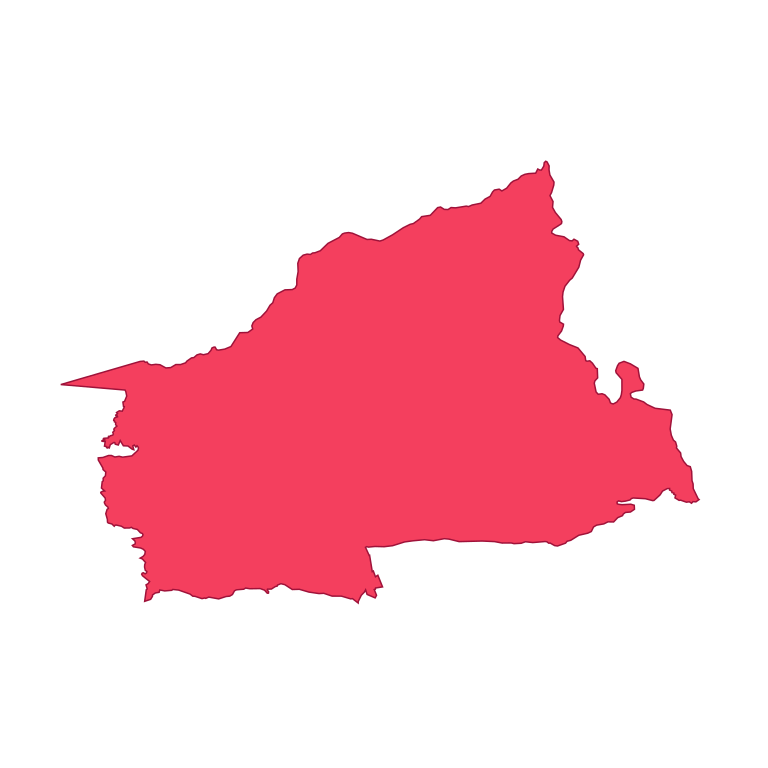 outline of Zapotitlán de Vadillo, Jalisco, Mexico, rotated 184°
{"feature_id": "50627088B48425886869278", "entity_name": "Zapotitlán de Vadillo", "entity_type": "district", "adm_level": 2, "iso_a3": "MEX", "parent_name": "Mexico", "parent_adm1": "Jalisco", "projection": "orthographic", "projection_center": [-103.756, 19.503], "detail": "fine", "context": "isolated", "style": "filled", "palette": "rose", "viewbox_px": 768, "rotation_deg": 184, "n_neighbors": 0, "source": "geoboundaries", "source_scale": "gbopen_adm2", "svg_char_len": 6135}
<svg xmlns="http://www.w3.org/2000/svg" viewBox="0 0 768 768"><g transform="rotate(184 384 384)"><path d="M706.4,360.9L641.9,359.9L641.0,358.3L639.8,354.0L641.6,348.6L643.2,347.8L642.3,343.4L641.5,343.3L641.7,342.2L643.3,338.6L646.2,338.8L648.8,336.9L647.8,335.9L649.5,334.2L649.2,333.6L648.1,333.9L647.5,332.7L650.3,331.4L651.0,330.1L651.1,328.8L650.3,328.5L650.3,327.5L649.0,326.9L648.9,324.7L647.5,323.4L650.1,320.8L650.3,319.8L649.7,318.7L651.2,316.9L650.5,315.3L651.0,314.1L653.5,313.2L654.8,311.8L655.2,312.2L655.4,310.9L659.7,310.3L660.2,309.6L658.7,308.8L661.4,307.8L661.3,307.2L658.1,307.1L658.5,302.5L657.0,302.4L656.2,301.1L655.2,300.9L654.9,301.7L653.6,301.1L652.8,304.4L649.4,306.8L648.5,306.8L647.9,305.2L644.8,304.6L643.2,309.2L639.7,304.2L635.1,304.3L630.7,301.4L629.0,301.0L630.3,304.7L628.9,305.7L627.1,303.8L626.1,305.2L624.6,303.6L624.5,302.4L624.9,300.7L630.5,294.7L639.6,292.8L643.2,293.4L647.4,292.4L651.0,293.7L653.7,293.5L659.3,291.1L663.9,290.4L663.7,288.2L658.6,280.6L658.3,279.0L655.4,276.8L655.5,273.0L657.6,270.4L657.3,267.9L658.3,266.9L658.6,260.5L655.2,257.8L657.4,257.3L659.0,256.2L658.8,255.4L654.2,250.8L653.7,248.5L654.8,246.7L654.5,245.7L653.4,243.9L650.8,241.9L650.3,240.6L651.5,239.6L652.5,235.2L650.5,229.6L650.2,226.9L649.4,226.1L645.7,225.4L643.2,223.3L642.4,224.4L641.2,224.6L636.0,223.8L633.1,222.2L627.9,222.6L626.0,223.4L624.3,222.4L619.9,221.7L616.6,218.6L614.6,218.0L613.9,216.8L614.3,215.4L615.6,214.1L624.1,212.1L621.5,210.0L621.0,208.3L621.1,207.1L623.8,205.4L622.6,204.1L615.3,203.4L612.5,202.3L610.4,200.3L610.8,197.2L612.3,195.2L615.1,193.3L612.8,192.6L609.4,189.3L610.1,187.1L610.1,184.7L609.1,181.4L607.5,180.5L607.7,179.0L609.0,178.0L610.9,178.9L611.9,178.5L612.5,177.4L611.6,175.9L604.0,170.6L605.4,168.4L607.4,167.0L605.9,163.1L606.8,162.2L607.6,150.5L601.8,152.9L600.2,155.9L600.2,157.4L597.5,159.6L593.8,160.5L593.3,162.9L588.3,162.3L581.3,163.4L580.4,164.3L574.5,164.1L562.8,160.9L560.0,159.0L557.7,159.0L550.6,157.2L547.9,158.0L546.9,157.7L543.9,159.2L533.9,158.1L526.7,161.0L523.1,161.6L520.5,163.4L518.7,167.3L516.8,168.4L509.6,169.5L507.8,170.8L503.6,170.4L493.3,171.3L488.8,170.0L485.9,167.2L484.7,167.3L484.6,168.7L486.1,170.4L485.9,171.2L482.0,171.6L478.4,174.3L476.4,175.0L476.2,176.0L472.9,177.6L468.9,176.9L461.2,172.6L454.1,173.3L444.5,171.2L434.2,170.4L429.5,171.0L421.0,168.8L411.6,169.4L402.1,167.3L400.5,167.7L394.5,163.7L394.5,165.3L391.9,171.7L389.1,175.0L388.0,177.4L386.2,172.9L377.9,170.0L376.7,172.7L379.4,178.3L378.3,178.7L378.2,179.9L371.3,181.5L376.8,192.8L379.1,191.1L381.6,196.7L382.6,196.0L386.4,212.1L386.8,211.9L391.1,219.8L389.7,220.6L388.3,220.2L381.6,221.3L372.5,221.7L364.1,223.3L352.4,227.9L344.2,229.6L332.7,231.5L323.8,231.1L313.1,233.9L308.3,233.8L298.1,232.0L275.2,234.2L262.7,234.5L255.1,233.6L246.0,234.3L243.2,233.8L236.0,234.7L231.9,236.5L224.5,236.2L212.3,238.1L210.6,238.0L208.6,236.7L207.1,236.9L202.5,234.7L199.6,234.5L191.8,237.9L190.4,239.9L186.8,241.1L179.1,246.7L170.3,249.4L166.9,251.3L165.0,256.0L162.1,258.0L154.9,259.8L151.0,262.1L145.3,262.4L141.5,267.0L136.9,269.3L136.2,271.0L134.2,272.7L129.2,273.5L125.4,276.5L125.9,280.5L129.4,281.3L138.1,280.2L141.9,280.4L143.0,280.8L143.3,282.5L141.9,283.8L139.0,283.2L135.0,284.0L130.4,285.5L129.2,287.0L127.3,287.7L115.2,287.8L107.8,286.4L106.5,286.7L100.8,292.7L98.7,296.6L94.2,299.4L91.8,299.7L91.7,298.1L89.5,297.3L89.2,295.8L87.1,295.3L87.2,294.2L85.3,293.5L85.8,290.7L81.5,288.5L80.0,288.8L74.1,287.2L71.2,287.8L68.9,286.5L67.6,288.2L64.6,288.2L61.6,290.7L62.6,291.4L68.2,301.2L68.7,305.9L70.0,309.1L71.0,318.3L72.7,322.9L76.0,323.8L79.7,327.7L82.6,332.3L83.3,335.9L87.8,340.6L87.6,342.4L89.1,346.5L91.4,348.2L93.8,352.9L95.4,359.1L94.5,373.5L96.6,377.9L111.9,378.7L120.2,381.9L123.7,384.2L131.4,386.5L133.7,386.5L136.6,388.1L137.6,391.5L136.2,392.9L132.3,394.6L125.6,396.0L125.0,397.8L124.8,402.1L128.2,406.0L129.7,408.9L131.7,417.3L139.6,421.3L146.2,423.3L150.9,421.1L152.3,418.6L153.8,413.4L153.2,411.4L147.0,405.2L146.2,394.2L146.5,389.9L147.3,386.8L150.5,382.2L153.9,380.1L155.6,380.4L156.8,381.0L158.4,384.5L162.9,388.6L165.8,389.5L169.6,388.7L171.9,390.9L174.3,399.5L173.8,401.9L171.3,405.0L172.3,414.2L173.7,414.5L177.5,419.3L180.3,421.5L183.1,420.9L184.4,421.4L185.3,425.5L193.0,433.5L201.8,436.3L211.0,440.2L214.0,442.4L213.9,444.2L210.6,449.2L209.2,454.2L209.1,456.2L213.0,458.1L213.4,459.7L213.2,464.6L210.2,470.9L212.0,483.6L211.8,488.2L210.3,494.1L206.0,500.5L203.6,502.8L197.8,514.1L196.5,521.3L193.9,526.8L194.4,528.0L199.4,531.5L200.1,533.5L201.3,534.3L201.6,534.9L199.5,537.0L200.7,539.9L204.6,541.7L206.3,539.9L209.0,540.0L214.7,543.4L223.2,544.4L227.2,546.3L227.3,548.0L226.1,550.4L218.8,555.8L218.1,556.6L217.9,558.4L218.8,560.5L225.0,567.0L228.2,571.9L228.1,577.8L231.6,583.5L230.2,586.7L228.5,594.3L228.5,597.3L233.1,604.1L234.3,609.1L234.5,613.1L236.8,616.9L238.2,617.5L239.6,616.0L239.8,612.5L241.9,608.4L243.6,608.3L245.6,609.2L247.4,604.9L254.3,604.0L258.1,603.0L261.6,601.1L264.6,597.6L269.1,595.5L271.5,593.4L275.3,587.9L279.9,584.8L282.7,586.4L287.4,585.2L289.1,583.1L291.2,578.6L296.1,575.5L300.0,571.1L308.6,568.7L312.0,566.9L314.3,567.2L325.0,564.7L329.4,564.7L332.3,562.5L336.1,562.4L339.9,564.5L342.8,563.7L349.6,555.5L358.1,553.6L360.0,551.0L365.9,546.1L369.1,545.1L375.6,541.3L385.9,533.4L394.9,527.6L398.1,526.3L406.7,527.5L411.0,527.0L426.0,532.2L429.9,532.6L433.8,531.8L436.0,530.8L438.8,527.1L449.7,520.4L456.8,512.5L462.0,510.1L464.4,509.7L466.4,508.1L469.8,508.2L473.6,506.9L477.1,503.3L478.4,498.4L477.5,490.1L478.3,482.5L477.9,476.7L479.3,473.5L482.1,471.8L489.4,471.0L496.8,466.5L499.4,462.4L500.6,457.3L503.2,454.6L506.2,448.6L511.5,442.1L516.1,439.3L518.8,436.2L519.9,432.7L518.8,429.7L523.4,425.9L531.5,425.1L539.3,410.7L545.3,407.7L551.5,406.2L553.4,406.5L555.0,409.0L556.1,409.0L558.1,408.0L558.9,405.6L561.6,402.0L566.2,400.6L569.4,401.2L572.6,400.0L575.5,397.1L577.9,396.6L582.2,393.1L583.4,391.3L588.3,389.2L593.0,388.9L597.9,385.5L602.7,384.8L608.8,387.6L613.1,387.7L617.4,386.8L620.5,387.6L621.9,389.4L623.7,389.0L625.1,390.1L628.9,389.5L706.4,360.9Z" fill="#f43f5e" stroke="#9f1239" stroke-width="1.5"/></g></svg>